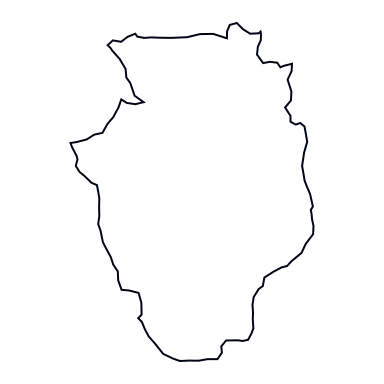 outline of Episkopi Pafou, Paphos, Cyprus
{"feature_id": "46923920B63549577577003", "entity_name": "Episkopi Pafou", "entity_type": "district", "adm_level": 2, "iso_a3": "CYP", "parent_name": "Cyprus", "parent_adm1": "Paphos", "projection": "natural_earth1", "projection_center": [32.53, 34.791], "detail": "fine", "context": "isolated", "style": "outline", "palette": "ink", "viewbox_px": 384, "rotation_deg": 0, "n_neighbors": 0, "source": "geoboundaries", "source_scale": "gbopen_adm2", "svg_char_len": 1735}
<svg xmlns="http://www.w3.org/2000/svg" viewBox="0 0 384 384"><path d="M135.2,33.7L127.5,36.9L121.1,41.8L112.9,40.4L107.6,45.2L110.4,47.8L112.3,50.7L119.7,59.0L125.6,69.0L126.3,77.4L130.3,83.1L134.6,95.7L143.6,102.2L135.3,104.2L126.7,102.9L121.3,99.4L118.4,107.7L113.2,117.2L107.4,124.0L102.5,132.8L94.1,134.7L86.8,139.4L76.9,142.0L70.5,143.0L72.2,147.5L76.6,155.9L77.5,159.3L75.8,165.9L79.5,171.9L84.5,176.0L91.5,182.8L96.9,185.1L98.2,191.4L99.3,198.5L99.1,207.7L99.3,216.0L98.2,224.1L100.5,230.5L102.9,242.2L105.8,247.9L110.8,257.1L113.2,264.5L117.8,271.4L118.2,280.4L121.6,289.8L129.2,290.5L138.6,292.9L141.3,302.6L141.4,305.1L141.6,314.6L138.2,318.2L141.9,321.9L144.9,329.3L148.7,336.4L154.6,343.1L163.2,353.9L173.1,358.6L180.0,361.0L188.8,360.6L198.8,360.7L207.1,359.2L212.5,359.1L217.5,359.1L221.9,352.7L221.3,346.3L226.1,340.5L231.6,340.4L238.1,340.3L242.6,341.0L248.1,339.8L251.4,333.6L252.9,329.6L253.4,328.5L252.8,319.6L253.0,312.7L252.5,304.7L253.7,297.0L258.8,288.9L262.8,286.1L264.4,277.5L273.7,271.6L281.5,267.4L287.1,266.0L291.6,261.1L301.6,252.8L305.7,243.9L313.1,234.2L313.5,226.1L312.0,219.0L311.6,214.2L310.8,209.9L312.9,206.6L310.1,194.1L308.4,190.0L307.1,187.1L304.6,180.6L303.1,171.5L302.1,166.0L304.1,152.6L307.2,141.8L306.2,135.8L304.5,126.5L300.2,123.0L295.7,124.6L290.5,121.7L290.5,115.8L289.4,114.2L285.1,107.5L290.9,100.5L291.4,91.5L287.6,79.6L291.6,71.1L292.0,63.8L283.9,65.8L280.4,67.3L277.2,62.7L270.0,61.8L263.1,63.1L257.0,54.6L257.9,46.5L260.8,40.3L261.0,34.2L260.5,31.6L258.8,33.3L250.2,33.7L243.1,29.3L236.8,23.0L229.8,24.9L227.1,31.3L226.9,38.3L213.2,33.9L200.0,34.1L187.1,37.2L170.8,37.9L158.6,37.7L151.6,37.4L144.0,37.9L137.3,36.6L135.2,33.7Z" fill="none" stroke="#020617" stroke-width="2"/></svg>